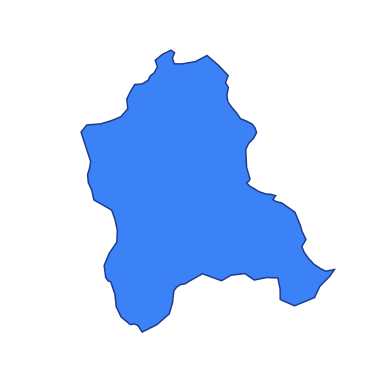 outline of Lovech, rotated 71°
{"feature_id": "BGR-2247", "entity_name": "Lovech", "entity_type": "Province", "adm_level": 1, "iso_a3": "BGR", "parent_name": "Bulgaria", "parent_adm1": "", "projection": "albers", "projection_center": [24.557, 43.037], "detail": "fine", "context": "isolated", "style": "filled", "palette": "blue", "viewbox_px": 384, "rotation_deg": 71, "n_neighbors": 0, "source": "natural_earth", "source_scale": "10m", "svg_char_len": 1411}
<svg xmlns="http://www.w3.org/2000/svg" viewBox="0 0 384 384"><g transform="rotate(71 192 192)"><path d="M244.7,301.4L232.9,299.0L223.2,290.4L214.9,279.4L203.8,275.0L192.2,273.7L182.9,273.9L167.6,287.3L157.6,286.2L149.6,287.0L141.8,285.2L136.2,281.2L130.3,277.9L99.2,277.4L94.4,269.7L97.8,256.3L98.3,245.5L97.7,234.7L92.3,225.6L82.9,223.4L76.8,217.3L71.7,211.1L73.6,204.1L72.1,197.2L68.7,193.7L66.9,188.8L62.5,183.9L55.5,183.9L52.2,175.1L51.0,165.7L54.7,163.1L58.9,166.9L65.1,167.0L67.7,159.5L69.8,146.2L67.8,133.3L80.9,125.7L93.7,119.9L99.5,124.7L104.9,123.6L112.4,127.7L118.6,128.7L124.5,127.0L131.7,124.1L138.5,122.3L142.7,117.4L147.5,112.9L152.2,111.5L156.9,111.6L161.3,116.3L164.5,122.7L169.2,127.3L186.7,132.4L198.6,132.9L200.3,134.8L201.1,137.3L204.9,135.8L213.5,128.5L218.0,122.7L220.0,118.0L222.8,114.1L225.4,117.9L228.1,116.0L231.5,110.8L244.5,101.3L259.3,100.4L264.9,100.8L274.0,99.7L279.3,105.9L285.6,105.6L292.4,103.6L299.7,100.4L306.1,95.6L310.4,91.4L311.7,82.6L316.6,89.3L322.8,101.9L331.7,110.5L333.0,132.1L322.4,143.6L312.5,140.3L301.2,138.8L297.2,149.2L295.5,161.8L286.4,168.5L283.4,182.1L285.5,193.0L272.7,208.7L275.4,223.5L276.6,228.3L275.7,233.4L277.1,237.7L279.5,241.4L290.2,246.4L299.8,253.2L306.0,268.4L308.2,284.7L300.6,286.6L298.0,289.5L297.2,293.6L287.1,299.7L275.8,301.0L263.3,298.1L250.4,298.1L248.4,300.5L244.7,301.4Z" fill="#3b82f6" stroke="#1e3a8a" stroke-width="1.5"/></g></svg>